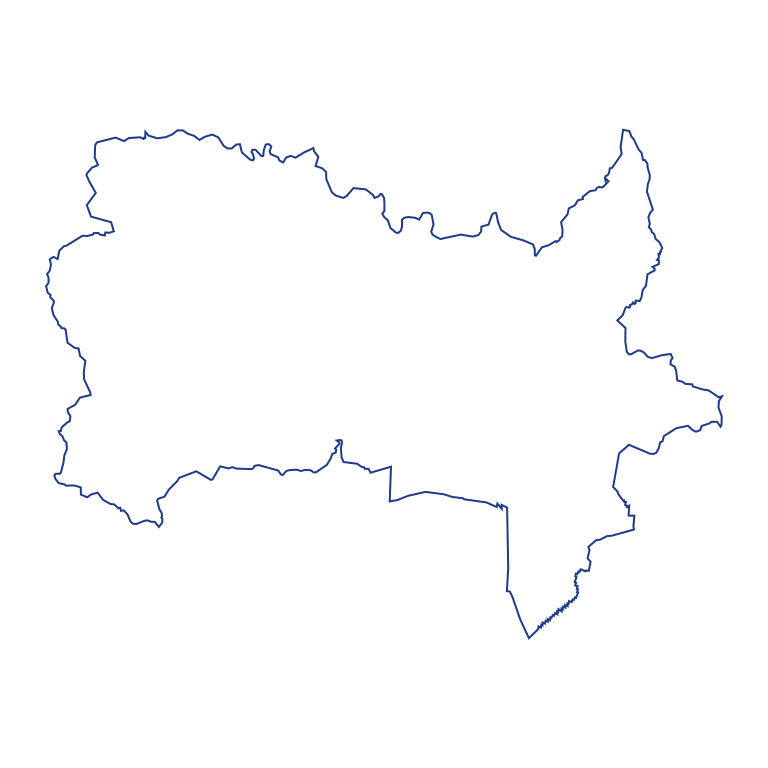 Tasquillo, Hidalgo, Mexico
{"feature_id": "50627088B25461945792705", "entity_name": "Tasquillo", "entity_type": "district", "adm_level": 2, "iso_a3": "MEX", "parent_name": "Mexico", "parent_adm1": "Hidalgo", "projection": "robinson", "projection_center": [-99.367, 20.531], "detail": "fine", "context": "isolated", "style": "outline", "palette": "blue", "viewbox_px": 768, "rotation_deg": 0, "n_neighbors": 0, "source": "geoboundaries", "source_scale": "gbopen_adm2", "svg_char_len": 6044}
<svg xmlns="http://www.w3.org/2000/svg" viewBox="0 0 768 768"><path d="M596.3,540.1L600.0,539.7L607.0,536.1L611.9,535.7L634.0,529.5L633.4,526.3L634.4,515.7L628.6,515.6L629.2,505.7L626.3,507.7L627.2,505.9L625.1,504.9L625.9,501.9L624.3,502.0L623.9,500.3L623.1,500.6L618.5,494.4L617.5,491.5L613.1,487.0L619.1,453.4L628.9,444.8L650.0,453.7L653.7,453.9L656.2,452.8L658.9,448.0L660.1,442.4L662.5,441.3L663.9,436.1L676.3,428.2L688.0,425.8L692.8,430.2L696.0,431.7L700.2,430.2L701.6,426.0L709.4,423.4L711.4,421.8L717.1,421.8L720.5,426.7L721.5,425.1L721.7,416.3L718.5,407.6L718.9,401.2L721.9,396.3L718.7,397.3L708.8,390.5L701.6,389.2L692.8,386.3L692.2,384.3L685.4,383.9L682.4,381.7L677.3,380.5L676.1,370.5L674.6,366.6L670.5,364.3L670.8,360.3L672.6,358.1L670.7,354.0L662.4,355.1L651.8,358.1L647.7,356.8L644.0,352.5L640.2,350.6L637.8,350.5L631.0,354.3L628.8,354.2L626.8,351.9L625.3,341.5L625.5,328.0L617.3,320.4L622.7,315.2L625.6,307.6L626.8,306.9L629.2,307.7L630.1,306.9L630.1,304.9L631.8,304.5L632.9,302.5L634.6,304.0L635.5,303.4L635.6,300.6L639.7,301.0L641.4,297.6L642.7,290.1L646.0,285.7L647.5,274.3L654.6,270.4L654.8,269.0L652.5,266.9L658.8,264.1L659.0,260.5L657.0,259.9L658.9,257.6L658.5,253.8L659.9,254.2L660.0,252.2L661.2,251.4L660.8,250.3L662.3,248.1L659.4,242.1L655.7,239.0L654.1,234.0L651.8,232.0L651.2,229.8L648.8,227.1L649.8,223.9L648.4,217.5L650.0,213.0L652.9,209.7L646.9,191.6L647.9,184.0L649.6,179.4L649.8,175.1L647.5,167.0L647.5,163.8L644.8,160.0L643.1,160.0L641.5,152.8L638.6,149.4L633.7,139.2L631.3,136.4L629.4,131.1L623.1,129.8L620.6,146.9L621.6,154.2L612.1,167.8L609.8,168.4L609.1,172.8L607.4,175.4L605.6,176.1L604.9,177.9L605.5,180.6L606.2,179.1L608.5,181.2L603.3,186.9L601.3,187.5L599.3,186.8L597.2,187.7L595.4,190.3L589.9,191.1L582.6,197.0L583.0,199.0L577.9,200.3L574.8,205.4L568.8,208.4L567.5,214.5L561.1,222.1L562.5,229.6L562.3,236.1L559.9,238.5L559.5,240.1L556.7,242.0L555.8,241.0L548.7,245.2L541.9,247.3L536.0,255.7L534.9,255.4L534.7,248.8L533.1,244.5L523.1,240.3L510.8,236.8L501.1,229.9L498.1,222.3L496.2,213.1L494.4,212.8L492.1,214.5L488.5,224.6L481.4,226.6L481.1,231.6L478.3,235.1L472.6,236.6L460.8,234.6L440.4,239.0L436.0,236.9L432.6,234.7L431.2,231.8L433.5,224.3L431.7,214.9L429.9,213.3L427.1,212.5L422.9,213.1L419.1,219.6L415.2,217.8L408.1,217.0L404.2,217.8L402.1,219.6L402.0,226.8L400.8,230.7L398.1,233.0L395.8,232.5L390.5,228.1L387.8,220.2L384.2,217.1L382.3,213.6L384.4,210.9L384.4,203.0L384.1,197.9L381.8,194.2L380.5,193.9L378.5,196.4L374.6,197.9L373.0,195.0L365.9,189.4L353.5,188.1L346.6,196.0L343.3,197.9L336.1,195.7L332.0,192.5L326.3,179.2L326.1,172.0L322.2,168.3L315.6,166.0L318.3,156.8L314.2,151.4L313.3,148.1L303.6,152.7L295.5,157.7L290.8,155.9L286.2,157.5L283.2,162.5L279.3,160.5L278.2,157.5L270.6,154.0L269.7,151.2L271.3,146.4L268.8,144.1L265.7,144.6L263.9,149.8L263.2,155.8L261.4,156.1L255.6,149.8L252.4,149.8L251.5,151.9L253.0,154.2L254.0,158.9L252.9,160.4L250.1,159.6L241.9,152.4L239.9,144.2L236.4,144.5L231.6,148.5L227.4,148.4L223.6,145.8L218.3,137.4L212.4,134.6L205.0,136.7L199.5,139.9L194.0,135.8L187.8,133.7L182.8,130.4L177.4,130.4L172.4,134.3L165.9,137.1L157.2,138.3L148.6,135.6L145.4,131.9L145.2,138.0L144.2,137.7L143.6,139.0L140.3,137.3L128.9,138.0L124.0,141.1L115.6,137.6L97.1,142.3L95.2,144.9L94.7,157.3L98.0,165.0L91.9,167.7L86.8,173.6L86.5,175.1L89.2,181.4L95.8,192.9L86.8,205.1L91.0,216.6L111.1,222.2L113.8,231.3L109.3,232.8L105.3,232.5L104.8,235.5L99.8,234.5L98.3,233.0L93.7,233.1L92.9,234.5L87.4,236.0L82.4,235.8L66.2,245.8L64.1,246.1L59.4,250.6L57.6,259.0L53.5,256.9L49.8,259.1L50.9,264.2L50.4,267.8L49.6,270.9L47.1,274.1L48.5,277.5L48.6,282.6L46.1,286.3L47.8,292.9L50.6,295.0L50.2,297.2L53.8,300.8L53.8,302.9L51.8,308.0L53.5,315.1L57.7,321.5L58.4,324.8L60.5,326.2L61.4,328.1L64.3,328.4L65.6,329.6L67.5,342.7L74.5,347.8L78.6,348.5L80.0,355.9L85.4,360.8L83.8,371.7L84.1,379.3L90.2,392.3L90.7,395.0L79.9,397.6L75.1,404.9L67.7,408.8L67.8,411.8L70.4,416.3L69.7,421.3L67.1,422.5L61.6,427.5L60.9,430.9L58.7,431.2L60.0,434.3L62.4,436.2L64.1,440.4L66.4,442.4L66.9,448.9L64.3,455.7L63.4,463.0L60.9,472.4L60.0,473.7L55.7,473.8L54.3,475.6L55.4,478.8L58.5,483.0L64.5,484.4L66.0,485.6L74.4,485.5L80.8,487.4L80.9,494.6L87.2,497.3L91.1,494.5L97.6,492.6L103.1,499.9L110.5,504.0L114.3,504.4L118.4,508.3L120.2,507.7L121.0,510.9L123.7,510.3L127.5,514.4L130.6,521.7L133.1,523.8L136.4,524.0L144.7,520.7L147.9,520.4L151.1,521.8L154.8,521.9L158.8,527.0L162.2,522.7L162.4,519.2L161.4,517.6L162.0,516.6L161.6,512.8L159.3,509.0L157.1,500.4L158.1,498.9L164.5,496.6L169.0,489.4L177.0,481.4L179.3,477.8L196.3,471.3L210.9,479.9L212.6,479.3L220.1,466.4L228.7,468.4L232.4,467.1L236.3,468.6L251.7,469.1L253.5,468.0L254.6,465.8L258.7,465.1L278.1,470.5L281.0,474.5L282.7,475.0L286.2,471.1L288.9,470.2L296.5,469.7L301.1,471.0L304.4,470.0L310.1,470.1L314.0,472.5L316.2,472.2L326.8,464.9L330.6,458.6L332.3,454.0L335.7,452.6L336.3,449.7L335.0,448.5L339.4,443.8L339.2,442.4L336.8,440.5L340.5,440.0L341.6,440.5L342.0,443.2L340.9,447.6L341.6,457.4L343.5,462.0L357.3,463.8L361.5,466.8L364.2,467.3L364.8,468.9L368.5,468.8L370.6,472.7L391.0,466.7L389.7,501.4L397.2,500.1L408.1,495.8L425.4,491.9L443.6,494.2L452.6,497.0L463.2,498.3L464.2,499.3L486.3,502.4L496.7,507.0L497.4,503.6L501.8,508.8L501.6,504.9L507.1,507.5L508.2,568.2L506.9,591.1L509.9,591.6L512.4,596.8L520.2,619.4L528.9,638.2L538.2,629.1L538.5,626.4L540.9,627.6L541.3,624.8L542.5,625.4L542.6,622.5L545.0,623.6L545.6,620.7L547.9,621.7L547.6,619.0L550.1,620.2L550.3,617.3L551.5,617.8L552.8,615.2L554.0,615.8L554.9,613.1L557.3,614.3L557.0,611.5L558.2,612.1L558.5,609.2L561.6,611.4L561.5,608.7L562.7,609.5L562.9,606.6L565.3,607.7L565.1,605.0L567.6,606.2L567.4,603.4L568.6,603.9L569.1,601.0L571.6,602.1L572.6,599.5L573.8,600.0L574.9,597.4L576.0,597.9L578.1,592.5L577.0,592.1L578.0,589.4L576.8,589.0L577.7,586.2L575.2,585.5L576.1,582.8L574.7,582.3L576.5,577.1L575.3,576.4L576.0,573.6L577.3,574.1L578.5,571.4L579.7,571.8L580.6,569.3L585.3,571.3L585.6,570.5L588.8,570.8L590.6,561.7L587.6,558.4L589.5,550.0L588.4,546.8L596.3,540.1Z" fill="none" stroke="#1e3a8a" stroke-width="2"/></svg>